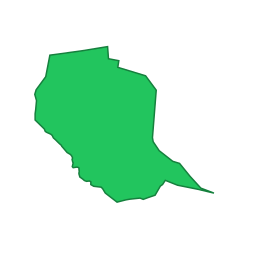 Monguel, Gorgol, Mauritania (Mercator projection), rotated 103°
{"feature_id": "47542326B31251685847111", "entity_name": "Monguel", "entity_type": "district", "adm_level": 2, "iso_a3": "MRT", "parent_name": "Mauritania", "parent_adm1": "Gorgol", "projection": "mercator", "projection_center": [-12.888, 16.524], "detail": "fine", "context": "isolated", "style": "filled", "palette": "green", "viewbox_px": 256, "rotation_deg": 103, "n_neighbors": 0, "source": "geoboundaries", "source_scale": "gbopen_adm2", "svg_char_len": 1059}
<svg xmlns="http://www.w3.org/2000/svg" viewBox="0 0 256 256"><g transform="rotate(103 128 128)"><path d="M53.3,166.2L63.2,190.4L74.6,220.5L96.5,219.7L111.4,226.1L116.2,226.4L121.9,223.3L130.7,222.1L135.0,221.7L141.1,220.3L147.8,209.3L150.0,207.8L150.6,205.9L151.0,203.8L151.4,201.9L152.2,200.3L154.4,198.5L156.0,195.6L157.4,193.4L158.8,191.1L159.7,189.3L160.8,188.3L163.6,184.5L165.6,181.8L166.8,178.0L168.3,176.2L169.7,175.3L171.3,175.4L173.8,174.1L174.3,173.6L178.2,173.6L179.0,172.5L177.6,169.0L177.6,167.8L178.0,166.8L180.2,166.2L180.9,165.8L182.7,165.7L183.7,165.5L186.6,163.9L187.9,160.7L189.0,158.7L189.3,156.4L188.3,153.6L188.8,152.1L191.5,151.5L192.5,148.3L191.7,140.8L192.9,139.0L196.5,135.5L202.7,122.0L198.5,113.9L196.9,110.1L193.6,100.5L194.1,97.1L190.9,92.2L187.4,86.5L177.3,83.4L175.3,81.6L170.6,79.9L172.6,66.9L172.0,46.6L172.1,29.6L170.2,43.5L161.2,56.6L150.9,69.8L150.4,76.9L143.1,92.5L135.7,100.4L131.9,102.0L84.8,109.0L73.2,122.6L71.2,151.6L64.5,152.1L64.9,162.6L53.3,166.2Z" fill="#22c55e" stroke="#15803d" stroke-width="1.5"/></g></svg>